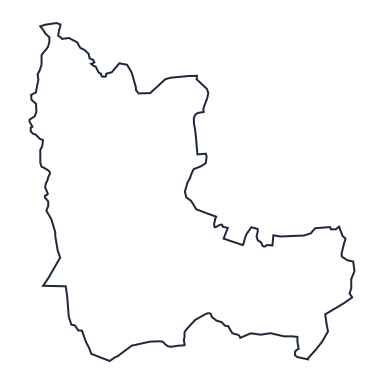 outline of Shanono, Kano, Nigeria
{"feature_id": "59680162B7876035432306", "entity_name": "Shanono", "entity_type": "district", "adm_level": 2, "iso_a3": "NGA", "parent_name": "Nigeria", "parent_adm1": "Kano", "projection": "orthographic", "projection_center": [7.967, 12.098], "detail": "fine", "context": "isolated", "style": "outline", "palette": "slate", "viewbox_px": 384, "rotation_deg": 0, "n_neighbors": 0, "source": "geoboundaries", "source_scale": "gbopen_adm2", "svg_char_len": 3587}
<svg xmlns="http://www.w3.org/2000/svg" viewBox="0 0 384 384"><path d="M43.1,285.8L65.7,286.3L67.1,295.5L68.8,316.8L71.2,324.2L71.4,324.7L74.9,325.4L78.3,330.4L82.0,330.7L86.1,342.3L87.8,345.4L89.4,348.7L91.3,353.9L109.7,361.0L115.3,357.1L117.6,356.2L132.0,345.5L134.0,345.2L149.6,341.7L158.5,341.3L162.4,341.5L163.5,342.4L164.8,344.0L167.8,346.2L171.1,346.8L178.2,345.7L182.1,345.5L184.6,345.2L184.5,344.0L184.4,343.1L183.8,340.2L184.5,337.3L184.5,334.0L184.5,332.3L186.3,329.5L195.2,319.9L205.0,314.4L207.8,313.2L209.7,313.3L211.0,314.2L211.5,315.8L211.9,317.2L213.9,318.5L216.4,320.6L221.7,322.1L224.8,325.6L228.3,326.2L228.9,327.5L230.9,330.9L232.2,333.0L234.7,334.1L237.3,334.5L239.2,335.6L240.3,337.8L250.8,333.3L260.9,334.7L270.4,333.2L283.9,336.3L291.7,336.3L297.5,336.9L297.4,341.4L298.6,348.9L296.4,350.0L295.0,352.0L294.9,355.1L297.3,357.1L307.8,359.3L307.6,358.8L315.9,349.6L322.2,341.6L328.0,331.4L326.7,324.8L325.2,314.3L343.6,303.4L352.2,297.4L349.6,293.4L351.3,288.0L351.2,279.2L354.5,271.1L353.2,261.5L347.4,260.3L342.0,256.7L341.7,255.7L341.6,253.5L344.3,242.5L344.9,241.1L345.4,238.5L342.5,235.8L339.1,226.7L335.7,229.3L330.9,229.3L330.2,227.2L329.4,227.2L327.3,227.3L315.2,228.2L311.5,232.5L310.6,233.4L304.1,235.5L280.5,236.5L273.4,235.3L272.4,245.5L270.1,245.2L268.0,245.1L266.6,245.2L265.5,246.3L263.8,246.5L262.7,245.9L262.0,244.8L261.5,243.0L260.6,242.0L259.0,241.1L257.7,240.1L257.2,238.6L256.6,236.3L257.3,233.6L257.8,230.9L257.6,229.0L251.4,227.2L249.2,230.3L246.2,234.6L244.5,239.8L244.0,242.2L242.8,245.1L223.6,238.6L227.8,227.9L223.3,226.9L222.9,226.8L222.5,226.5L222.4,225.6L222.3,225.0L221.9,224.6L221.5,224.6L220.5,224.8L219.6,225.0L218.2,225.7L217.0,226.5L216.2,226.9L215.2,227.3L214.5,227.0L214.3,226.5L214.2,224.4L214.3,222.8L214.9,220.8L215.1,219.2L216.1,216.7L205.5,212.8L196.1,209.2L193.5,204.7L191.0,200.8L186.3,197.4L184.9,191.6L187.5,182.5L189.8,178.7L191.0,174.9L193.5,169.4L195.4,168.5L201.0,166.3L205.8,163.1L206.6,156.8L205.9,153.7L197.4,154.4L196.0,137.9L195.2,130.6L194.9,128.5L194.0,123.9L193.8,118.1L195.4,114.5L198.0,112.9L203.6,112.0L203.4,108.7L203.8,107.5L204.0,106.7L207.1,98.5L208.3,93.3L207.1,89.2L205.2,87.3L196.7,79.3L196.9,75.8L189.0,76.0L170.6,77.7L165.3,79.2L150.2,93.1L138.6,93.4L136.0,90.1L135.8,87.0L131.7,72.6L127.1,64.8L119.3,63.3L111.7,72.3L106.3,73.7L106.0,75.7L105.7,76.6L105.3,76.7L104.9,76.7L104.3,76.6L104.0,76.5L103.7,76.5L103.4,76.6L102.9,76.6L102.4,76.7L102.1,76.6L102.1,76.4L101.9,76.2L101.6,76.0L101.5,75.6L101.3,75.2L101.2,74.8L101.0,74.5L100.9,74.1L101.0,73.7L100.8,73.5L100.5,73.4L100.2,73.3L99.9,73.3L99.5,73.1L99.1,72.9L98.8,72.5L98.4,72.0L97.0,69.4L95.7,66.6L93.4,65.8L91.2,63.9L92.7,63.5L94.4,62.3L93.1,59.7L91.5,59.3L89.5,58.3L89.5,57.2L89.0,56.0L88.7,53.8L87.6,52.9L86.6,52.0L85.9,51.1L84.8,50.2L83.1,49.2L82.0,48.7L80.5,48.0L79.1,46.0L77.4,42.5L69.0,38.0L62.1,38.9L60.6,37.3L58.2,35.8L58.6,33.0L59.2,29.5L60.0,27.5L60.5,24.5L56.3,23.0L56.2,23.1L45.4,24.7L40.3,26.3L43.5,30.5L45.5,33.7L49.4,37.2L49.4,41.8L48.0,46.8L46.5,49.0L41.8,54.5L41.5,57.4L41.6,64.5L39.9,69.9L37.6,74.6L38.4,79.6L36.7,87.8L35.9,92.4L31.1,94.9L31.5,99.8L36.0,103.8L36.4,111.9L34.7,116.3L29.6,119.6L29.5,121.5L32.4,126.8L30.8,127.6L30.7,131.3L33.0,133.7L35.8,134.7L39.8,138.8L43.0,140.1L42.2,146.3L40.3,149.9L40.3,162.7L41.5,166.7L44.0,167.8L48.0,170.2L49.5,171.6L50.0,173.5L48.2,177.4L47.4,180.5L45.6,184.0L45.2,187.5L47.8,193.7L47.2,194.8L45.0,195.7L44.9,197.7L48.2,201.3L48.3,205.9L46.3,210.6L51.3,219.1L55.2,232.1L55.3,236.4L57.7,250.5L60.2,257.6L48.2,278.3L43.1,285.8Z" fill="none" stroke="#1e293b" stroke-width="2"/></svg>